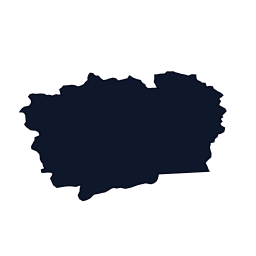 the district of Deputado Irapuan Pinheiro, Ceará, Brazil, rotated 75°
{"feature_id": "56859067B95379226813402", "entity_name": "Deputado Irapuan Pinheiro", "entity_type": "district", "adm_level": 2, "iso_a3": "BRA", "parent_name": "Brazil", "parent_adm1": "Ceará", "projection": "equal_earth", "projection_center": [-39.279, -5.882], "detail": "fine", "context": "isolated", "style": "filled", "palette": "ink", "viewbox_px": 256, "rotation_deg": 75, "n_neighbors": 0, "source": "geoboundaries", "source_scale": "gbopen_adm2", "svg_char_len": 2537}
<svg xmlns="http://www.w3.org/2000/svg" viewBox="0 0 256 256"><g transform="rotate(75 128 128)"><path d="M186.3,190.3L186.3,186.7L185.5,182.8L184.0,180.3L182.9,178.3L183.2,173.5L183.3,169.7L183.5,166.6L182.8,163.8L181.8,160.6L181.3,157.5L182.8,154.4L183.1,150.5L185.4,146.0L185.6,141.0L185.3,136.9L185.0,132.6L185.1,130.2L185.3,125.1L187.6,120.1L187.4,117.2L186.4,114.8L184.8,113.2L182.2,111.7L179.9,110.8L183.9,92.3L190.5,61.2L188.4,61.7L185.6,61.9L182.9,62.6L181.1,62.4L179.0,59.2L177.3,55.7L173.8,54.6L170.7,54.8L167.3,54.5L165.3,53.1L163.3,52.8L163.4,48.7L160.6,47.4L159.2,44.2L156.8,42.8L156.9,39.5L156.1,36.6L154.5,35.6L152.9,34.9L151.4,36.6L149.5,38.1L147.0,38.1L145.9,35.8L142.9,37.0L141.7,34.0L139.9,34.7L138.7,32.0L136.9,29.1L134.7,29.6L132.9,31.5L130.8,33.8L129.2,34.7L127.4,33.5L126.1,32.0L124.1,32.9L122.3,32.3L121.9,30.0L120.8,28.1L118.0,30.1L116.3,32.4L114.6,33.6L112.8,35.6L110.1,35.9L109.1,38.6L108.8,42.1L106.7,42.0L104.9,42.2L104.0,45.2L102.2,46.4L100.2,49.0L98.5,49.6L96.7,49.6L94.5,49.0L93.3,52.5L93.7,56.2L91.7,59.6L89.9,63.4L88.5,65.5L87.1,68.1L85.6,69.9L84.9,73.1L84.1,75.6L85.6,78.4L84.6,83.0L84.4,86.1L83.9,88.3L87.4,89.1L90.3,90.5L92.9,89.7L95.2,89.3L97.5,88.5L96.9,91.3L96.3,93.8L95.4,98.7L92.7,100.7L90.7,100.7L88.9,102.5L87.3,103.4L85.4,103.9L83.8,106.9L81.3,110.5L79.8,111.7L78.3,113.1L80.5,115.4L80.5,118.5L80.4,121.8L80.2,125.7L77.6,127.0L76.2,129.6L76.1,133.6L76.4,137.3L75.9,139.9L73.0,142.2L70.5,143.2L69.7,145.9L68.3,147.2L66.6,147.9L65.5,150.4L66.8,152.0L68.9,153.4L71.7,154.0L73.2,157.1L74.9,159.2L75.5,162.6L75.7,165.6L73.7,168.3L72.4,171.2L72.1,173.9L71.6,176.3L71.0,179.5L72.5,181.5L73.2,183.7L76.5,183.7L78.8,183.7L78.6,186.4L77.4,188.9L77.8,192.8L76.2,195.6L75.9,198.2L73.9,200.4L72.9,203.2L72.3,205.9L71.9,208.5L70.7,211.0L70.7,214.0L72.1,215.7L74.9,214.3L77.2,213.9L79.5,215.0L81.6,217.8L81.3,222.6L82.2,225.1L84.3,227.9L85.3,224.9L87.7,223.4L89.6,223.3L93.3,224.0L96.0,224.5L97.7,226.6L100.4,225.5L104.3,222.3L105.2,220.1L106.2,217.3L108.8,214.9L112.6,214.7L113.1,217.2L113.4,220.1L115.9,220.8L117.3,222.3L120.9,225.7L123.1,226.0L126.4,221.8L130.3,219.7L133.2,220.0L135.3,220.5L137.9,220.1L140.3,219.0L142.9,219.3L145.9,218.3L146.1,222.3L148.3,222.6L149.0,220.1L149.5,217.0L150.7,213.4L152.3,212.0L154.1,212.8L156.8,215.6L158.5,215.2L160.8,214.9L163.7,214.4L166.8,211.9L167.2,207.0L167.5,204.3L168.1,200.7L169.0,197.6L170.7,193.3L170.4,189.8L171.3,187.8L174.1,189.6L176.9,190.5L178.8,192.1L180.3,193.3L183.7,192.8L186.3,190.3Z" fill="#0f172a" stroke="#020617" stroke-width="1.5"/></g></svg>